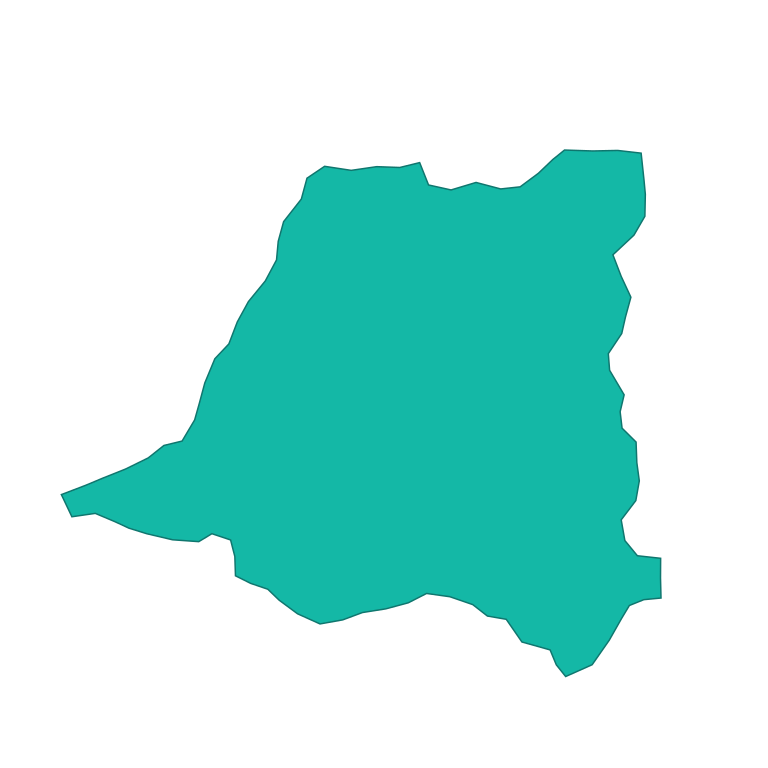 outline of Campo Limpo Paulista, São Paulo, Brazil, rotated 278°
{"feature_id": "56859067B17451469585276", "entity_name": "Campo Limpo Paulista", "entity_type": "district", "adm_level": 2, "iso_a3": "BRA", "parent_name": "Brazil", "parent_adm1": "São Paulo", "projection": "mercator", "projection_center": [-46.762, -23.21], "detail": "fine", "context": "isolated", "style": "filled", "palette": "teal", "viewbox_px": 768, "rotation_deg": 278, "n_neighbors": 0, "source": "geoboundaries", "source_scale": "gbopen_adm2", "svg_char_len": 1309}
<svg xmlns="http://www.w3.org/2000/svg" viewBox="0 0 768 768"><g transform="rotate(278 384 384)"><path d="M600.6,369.5L598.2,346.5L591.0,321.8L591.3,294.9L577.1,279.1L555.6,276.4L530.8,262.0L510.6,259.4L491.9,260.3L469.5,252.1L446.8,238.3L425.1,230.1L402.1,224.8L385.5,213.0L360.1,206.4L339.0,203.8L322.1,201.5L299.4,192.0L292.5,174.6L278.0,160.8L263.7,139.7L251.7,118.7L242.3,102.9L229.6,79.9L209.1,93.4L215.7,116.1L210.3,136.4L205.7,151.6L202.7,170.0L200.3,196.2L202.1,222.5L211.8,234.4L208.2,253.8L192.4,260.3L173.4,263.6L168.0,279.7L164.6,297.5L155.3,310.3L144.4,330.4L137.5,354.0L144.7,376.0L154.7,394.5L161.6,417.1L170.7,438.5L182.5,455.3L182.5,478.9L177.9,502.6L168.6,518.7L168.0,537.8L147.7,556.5L143.8,585.5L129.9,593.7L119.6,604.6L135.0,629.2L161.6,642.7L184.9,651.9L198.8,657.8L206.6,671.3L210.6,688.1L230.5,684.8L249.9,682.2L249.2,658.8L262.5,644.3L282.5,637.8L303.6,649.6L323.6,650.3L341.4,645.3L361.6,641.7L373.4,625.9L389.4,621.7L406.7,623.3L429.0,605.5L445.3,601.9L467.1,612.4L484.0,613.8L504.3,616.4L523.6,603.9L543.8,592.7L566.2,610.8L586.4,619.0L608.2,616.4L622.1,613.1L648.4,606.5L647.8,582.9L643.8,558.2L640.8,530.2L629.9,520.0L614.2,507.6L598.2,491.4L593.4,472.4L596.4,447.1L585.5,423.4L587.3,400.4L608.2,388.5L600.6,369.5Z" fill="#14b8a6" stroke="#0f766e" stroke-width="1.5"/></g></svg>